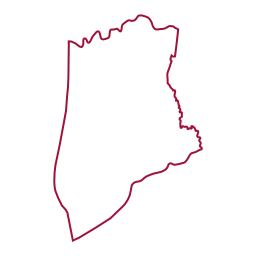 Phu Tan, Cà Mau, Vietnam (Equal Earth projection)
{"feature_id": "81297802B51702434363712", "entity_name": "Phu Tan", "entity_type": "district", "adm_level": 2, "iso_a3": "VNM", "parent_name": "Vietnam", "parent_adm1": "Cà Mau", "projection": "equal_earth", "projection_center": [104.939, 8.879], "detail": "fine", "context": "isolated", "style": "outline", "palette": "rose", "viewbox_px": 256, "rotation_deg": 0, "n_neighbors": 0, "source": "geoboundaries", "source_scale": "gbopen_adm2", "svg_char_len": 4824}
<svg xmlns="http://www.w3.org/2000/svg" viewBox="0 0 256 256"><path d="M173.0,26.4L172.2,26.3L170.5,26.0L169.0,26.2L168.1,26.7L165.5,28.2L163.0,28.9L159.9,29.1L157.8,29.5L156.6,29.4L155.7,29.3L155.0,28.9L154.4,28.5L153.9,27.9L153.2,26.8L152.6,25.6L151.6,22.4L150.1,19.7L148.8,18.2L147.9,17.5L145.8,16.6L142.6,15.6L141.2,15.4L140.2,15.4L138.7,15.7L138.1,16.0L137.6,16.7L136.6,18.1L135.8,19.2L135.0,20.0L133.6,20.6L132.5,20.8L131.3,20.8L129.2,20.3L128.1,20.5L127.3,20.9L124.6,22.9L123.0,24.2L122.4,24.9L122.2,25.4L122.0,26.0L121.7,27.6L121.5,29.4L121.2,30.4L121.0,30.9L120.7,31.3L120.3,31.4L120.0,31.3L119.1,30.6L118.3,29.6L117.6,29.1L117.1,28.8L116.7,28.8L116.3,28.8L114.8,29.3L113.6,29.6L112.3,29.5L111.4,29.5L110.8,29.7L110.4,30.1L110.2,30.5L109.9,31.5L109.8,32.1L109.7,33.2L109.4,36.1L109.1,37.0L108.7,37.5L108.1,38.0L107.1,38.4L104.8,39.1L103.4,39.4L102.0,39.2L101.5,38.8L101.1,38.3L100.7,37.3L100.2,35.1L99.6,32.9L99.2,32.0L98.7,31.6L98.3,31.5L97.8,31.4L97.1,31.6L96.4,32.1L94.5,34.3L92.7,36.4L92.1,37.4L91.2,39.5L90.2,41.3L89.4,42.4L88.7,42.7L88.2,42.7L87.9,42.5L87.4,41.9L86.5,39.8L86.0,39.1L85.6,38.6L84.8,38.5L84.2,38.5L83.7,39.0L83.4,39.7L83.3,40.7L83.3,43.2L83.2,44.4L83.0,45.1L82.6,45.8L82.1,46.6L81.6,47.0L81.2,47.0L80.6,46.8L79.7,46.6L78.8,46.0L77.6,45.1L75.6,43.5L73.1,42.3L71.3,41.5L69.6,41.4L68.7,41.4L68.8,44.8L68.4,77.1L68.0,87.1L67.1,96.1L66.0,111.0L62.8,128.3L59.6,145.5L55.6,164.3L55.1,168.0L54.6,172.5L54.3,181.1L54.4,184.3L54.8,188.0L55.4,190.8L58.0,197.6L61.9,205.5L65.7,209.7L67.4,212.7L72.9,240.6L79.2,237.6L94.9,228.2L110.5,218.2L122.5,206.7L123.5,205.7L124.8,204.2L126.5,201.7L127.9,199.5L128.9,197.2L129.7,195.4L130.3,192.9L130.6,191.5L131.1,188.8L131.4,187.0L131.7,185.9L132.1,184.9L132.5,184.3L132.7,184.0L133.7,183.0L135.2,182.2L136.9,181.7L138.6,181.5L140.1,181.0L141.4,180.5L143.7,178.5L145.3,177.2L147.1,176.1L149.5,175.1L152.2,174.1L154.2,173.4L156.4,173.0L159.7,172.2L162.0,171.5L163.3,170.8L165.0,169.9L166.2,169.0L167.0,167.9L167.8,166.5L168.4,164.7L168.7,164.3L169.0,164.0L169.7,163.5L170.4,163.4L171.2,163.4L172.7,164.2L173.4,164.5L174.2,164.8L175.5,164.6L178.4,164.2L181.7,163.3L183.7,162.8L184.6,162.4L185.5,161.6L186.5,160.5L187.7,158.8L189.1,156.3L189.6,155.3L190.2,154.5L190.7,153.9L191.4,153.3L193.0,152.8L195.7,152.0L196.6,151.5L199.3,150.1L200.8,149.4L201.6,149.3L201.7,148.8L201.7,148.4L201.7,148.2L201.6,147.8L201.5,147.6L201.1,147.2L200.2,146.6L200.0,146.3L199.9,146.0L199.9,145.6L200.0,145.3L200.5,144.1L200.7,143.8L200.7,143.3L200.7,142.9L200.6,142.6L199.4,141.0L199.2,140.5L199.2,140.2L199.3,140.0L199.8,139.2L200.2,138.6L200.3,138.3L200.3,138.0L200.2,137.7L199.8,137.3L198.9,137.3L198.1,137.1L197.5,136.7L197.3,136.4L197.2,135.9L197.2,135.4L197.5,134.7L198.2,132.6L198.2,132.0L198.2,131.5L198.1,131.2L197.9,131.0L197.7,130.9L197.4,130.8L196.5,130.8L196.1,130.9L195.8,130.9L195.6,130.7L195.5,130.4L195.1,129.0L194.8,128.2L194.3,127.7L193.3,126.7L192.5,126.2L192.1,126.2L191.8,126.2L191.5,126.2L191.4,126.5L191.4,127.0L191.6,127.5L191.7,127.8L191.8,128.1L191.7,128.3L191.5,128.5L191.3,128.6L191.0,128.6L190.7,128.5L190.3,128.3L190.1,128.2L189.7,128.2L189.4,128.4L188.2,129.1L187.9,129.1L187.7,129.0L187.5,128.7L187.3,127.2L187.2,127.0L187.0,126.8L186.7,126.7L185.9,126.7L184.5,126.8L183.4,126.5L183.0,126.3L182.7,126.2L182.4,126.4L182.2,126.5L181.6,127.7L181.3,127.9L180.9,127.8L180.8,127.7L180.7,127.4L180.5,127.0L180.4,126.4L180.4,125.4L180.3,123.3L180.3,122.8L180.4,122.4L180.7,121.6L180.7,121.1L180.7,120.8L180.5,120.5L179.8,119.6L179.6,119.2L179.6,118.8L179.7,118.3L179.9,118.0L181.3,117.2L181.7,116.9L181.9,116.4L181.9,115.9L181.9,115.0L181.8,114.4L181.8,113.7L181.9,112.8L181.9,112.6L181.5,112.3L181.2,112.2L180.9,112.2L180.2,112.4L179.9,112.3L179.7,112.0L179.6,111.7L179.7,111.4L179.9,111.1L180.2,110.6L180.3,110.2L180.4,109.7L180.3,109.3L180.0,108.7L179.7,108.4L179.0,108.0L178.8,107.7L178.8,107.4L178.8,107.0L179.3,106.7L179.5,106.3L179.4,106.0L179.2,105.7L178.9,105.3L178.7,105.0L178.6,104.6L178.5,104.0L178.0,101.6L177.8,100.9L177.5,100.6L177.3,100.3L177.1,100.3L176.8,100.3L176.2,100.7L176.0,100.2L176.1,99.7L176.2,99.0L176.2,98.7L175.9,98.2L175.7,97.8L175.1,97.3L174.8,97.0L174.6,96.4L174.5,95.7L174.7,94.2L175.1,91.9L175.2,91.6L175.2,91.3L175.1,90.9L174.7,90.3L173.1,90.5L173.0,90.0L172.9,89.7L172.5,89.2L171.8,88.7L170.7,87.5L170.3,86.9L170.0,86.4L169.8,86.0L169.7,85.7L169.7,85.4L167.7,83.3L167.6,79.2L167.4,76.3L167.4,75.7L167.3,75.1L167.3,74.2L167.6,72.7L168.1,71.2L168.8,69.2L169.4,67.8L170.5,64.2L171.6,61.2L171.3,60.9L171.0,60.5L170.7,60.2L170.6,59.6L170.5,59.0L170.7,58.0L171.1,56.9L171.6,55.5L172.7,56.4L173.2,56.6L174.5,56.5L175.0,56.4L175.3,54.3L175.8,49.9L176.4,45.4L177.0,40.0L177.4,36.7L177.9,32.3L178.2,29.9L178.2,29.4L178.0,29.2L176.8,28.7L175.4,28.0L174.3,27.2L173.4,26.5L173.0,26.4Z" fill="none" stroke="#9f1239" stroke-width="2"/></svg>